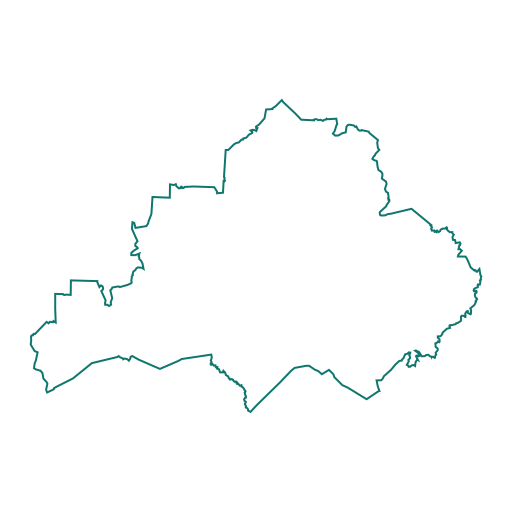 Bērzaunes pag., Madona, Latvia
{"feature_id": "27541924B65534695905374", "entity_name": "Bērzaunes pag.", "entity_type": "district", "adm_level": 2, "iso_a3": "LVA", "parent_name": "Latvia", "parent_adm1": "Madona", "projection": "orthographic", "projection_center": [25.995, 56.836], "detail": "fine", "context": "isolated", "style": "outline", "palette": "teal", "viewbox_px": 512, "rotation_deg": 0, "n_neighbors": 0, "source": "geoboundaries", "source_scale": "gbopen_adm2", "svg_char_len": 6082}
<svg xmlns="http://www.w3.org/2000/svg" viewBox="0 0 512 512"><path d="M47.1,392.5L53.8,389.3L54.0,388.2L56.4,386.8L73.0,378.4L91.9,363.1L117.4,357.0L118.6,356.1L120.1,357.3L122.8,358.4L123.2,359.3L124.7,358.5L127.4,359.2L128.8,360.7L130.2,358.9L130.6,356.9L132.2,356.0L138.6,359.6L159.9,368.9L178.4,360.9L181.8,359.0L211.3,354.6L211.8,357.6L210.8,360.5L211.5,361.8L211.5,362.8L210.7,363.3L210.8,364.7L211.9,364.7L212.6,364.1L213.8,365.6L215.4,365.3L215.7,366.9L217.3,367.0L217.1,367.7L216.6,367.9L217.3,368.9L218.6,368.9L219.1,369.5L220.0,372.3L223.5,372.4L223.1,371.7L223.4,370.8L225.2,372.7L225.9,375.1L228.2,376.4L228.8,378.4L229.8,378.6L230.1,379.6L231.8,379.1L233.1,379.8L233.1,380.3L234.5,381.8L235.8,381.5L236.3,382.6L236.8,382.1L237.7,383.2L237.5,384.0L238.4,383.9L239.9,385.7L241.4,385.2L241.5,386.6L242.4,386.9L244.1,388.9L244.5,390.2L245.2,390.6L245.1,391.1L245.5,391.7L244.6,392.9L245.1,393.8L245.2,394.9L246.0,396.3L245.8,397.7L245.0,397.8L244.1,399.5L244.4,400.7L245.8,401.7L245.7,402.7L245.0,403.4L244.9,404.3L246.1,406.2L245.7,407.1L245.9,407.6L247.0,408.0L248.0,409.2L248.1,410.6L250.5,411.9L256.8,405.1L280.0,382.4L291.2,370.7L294.6,367.9L306.2,365.8L309.2,365.8L315.0,369.8L318.2,371.0L321.8,374.2L329.0,369.9L333.4,374.3L334.3,377.1L342.4,385.2L347.7,387.6L366.6,399.2L378.7,391.1L379.4,391.0L377.7,386.0L376.6,380.4L381.2,380.3L382.5,378.9L384.0,376.1L390.9,370.0L395.7,364.2L399.4,360.9L401.7,360.6L402.2,359.4L403.4,358.3L405.2,354.3L407.5,353.7L408.7,352.4L410.3,352.6L410.2,353.4L409.2,355.1L409.9,356.5L410.1,358.1L408.4,359.9L408.8,361.3L406.8,364.9L408.5,365.9L408.7,366.8L410.0,366.8L411.7,365.4L413.5,365.0L415.1,366.0L415.6,362.0L417.2,359.6L417.9,360.0L416.0,356.1L417.2,355.4L418.6,356.3L419.7,355.6L418.7,353.3L415.2,350.7L415.8,350.5L418.9,351.9L420.7,354.5L421.2,355.9L421.8,356.3L424.8,356.1L426.2,355.0L428.4,354.8L430.0,356.3L431.3,356.6L431.6,357.2L431.8,356.7L433.4,356.9L434.5,357.8L435.0,357.7L435.1,356.1L436.2,354.5L435.8,353.7L435.7,352.6L437.6,350.4L437.8,349.4L437.5,348.3L435.7,347.0L435.4,343.3L437.1,342.7L437.9,341.5L439.2,342.2L439.6,341.7L439.5,339.3L437.8,337.7L437.8,336.4L440.5,336.2L442.3,334.2L442.5,332.7L446.8,328.8L450.0,327.9L449.4,325.8L450.1,325.1L451.6,325.2L455.7,324.1L456.0,323.4L458.0,322.8L460.9,320.9L461.1,319.5L460.9,316.9L461.7,315.7L464.2,315.9L464.9,316.9L465.4,317.0L465.5,315.2L465.2,313.7L466.6,311.4L467.7,311.1L468.0,311.2L467.6,312.2L467.9,312.9L470.5,314.3L470.9,313.9L471.1,310.1L470.3,308.4L474.5,304.9L476.0,301.6L475.6,301.1L477.1,299.1L476.8,298.4L475.6,297.6L474.8,295.2L475.1,293.7L476.6,292.5L476.5,291.1L475.7,290.8L474.3,291.4L473.7,290.6L473.9,289.2L475.3,288.1L477.8,287.2L477.9,285.6L477.6,285.2L478.0,284.4L479.8,284.6L480.4,282.0L479.9,280.4L481.0,279.7L480.7,278.7L481.3,276.4L480.5,275.3L479.4,269.0L477.0,271.8L476.5,271.7L475.7,270.4L474.8,270.0L474.3,270.5L470.7,267.4L467.4,259.6L465.6,256.6L457.9,256.5L458.3,254.8L461.8,250.7L460.2,249.2L458.5,249.2L459.4,245.2L459.9,245.2L460.5,243.5L459.7,242.3L455.7,243.1L455.1,240.1L452.9,239.8L452.5,236.9L453.8,234.7L452.4,233.3L452.3,232.1L449.8,232.2L447.9,230.6L446.9,229.4L447.1,227.8L446.6,227.3L444.9,228.6L442.7,228.6L440.6,229.7L440.1,231.1L438.6,232.1L437.0,230.5L436.4,230.8L436.4,231.2L436.9,231.6L436.6,232.2L435.7,231.6L434.7,231.9L434.2,230.5L431.8,230.6L431.5,229.2L431.1,228.8L432.0,227.3L430.5,225.4L431.2,225.0L411.5,208.8L391.0,213.7L387.8,214.1L385.0,215.4L381.0,215.5L380.0,214.8L379.7,212.6L380.0,211.9L386.3,206.2L386.3,205.4L389.2,201.4L389.4,200.3L388.6,199.9L389.0,199.2L388.2,198.7L388.1,198.0L388.6,197.2L388.0,192.8L386.1,191.7L384.9,189.0L386.6,183.9L386.0,181.6L381.9,178.6L382.4,175.6L382.4,173.7L381.4,171.9L378.4,169.9L377.5,166.5L377.0,161.6L376.6,160.9L374.0,160.1L372.4,158.9L373.6,156.6L375.0,155.2L375.1,154.5L375.8,153.5L379.3,149.9L377.9,148.1L377.2,142.5L378.0,140.1L369.4,133.0L368.6,131.6L361.6,130.1L361.3,130.6L359.4,130.6L358.0,129.6L356.3,126.4L355.2,126.9L353.9,125.5L349.8,124.7L348.0,124.9L346.5,126.6L345.7,132.4L342.3,133.2L338.3,135.5L335.2,135.6L332.9,133.6L334.7,131.0L336.5,125.1L337.2,124.1L336.3,118.7L327.4,119.2L326.6,118.7L326.3,119.4L323.9,120.0L322.9,120.9L320.7,119.8L318.1,120.1L316.5,119.2L315.0,119.2L313.5,119.9L313.7,120.3L301.2,119.7L295.1,113.3L283.3,102.2L281.8,100.1L275.9,106.0L271.8,108.8L272.0,109.1L266.1,109.5L264.5,118.4L259.0,124.6L256.0,126.6L256.2,128.1L257.4,128.1L256.3,131.0L254.3,130.0L252.4,129.8L250.6,130.5L252.4,132.0L252.2,133.0L248.9,134.7L246.4,137.6L243.4,138.4L243.2,139.5L241.5,139.6L238.9,142.4L236.3,143.0L234.0,144.3L228.4,149.9L225.7,150.0L224.0,177.1L224.6,177.8L224.4,179.5L225.0,180.7L224.3,181.5L223.6,181.2L223.0,192.7L217.1,193.3L217.0,191.5L214.3,187.2L193.8,186.5L184.5,186.9L183.7,187.9L182.2,188.1L181.8,187.6L181.9,187.0L181.3,186.6L180.2,187.7L180.2,188.2L178.9,188.4L176.4,186.2L175.8,184.2L173.9,185.0L170.0,184.4L169.8,197.7L152.5,197.0L151.4,214.0L148.4,221.8L148.2,223.4L146.4,226.1L135.5,227.9L134.2,222.9L132.5,222.2L131.9,228.8L137.5,241.3L135.3,243.9L135.3,245.9L137.4,247.4L137.7,248.2L133.8,250.7L131.3,252.9L131.3,255.1L135.0,255.2L139.3,253.6L138.6,255.0L139.1,255.4L138.7,256.4L139.2,257.1L139.3,259.1L140.8,260.4L142.5,263.5L143.5,268.8L142.1,267.8L137.9,267.4L136.4,268.3L135.2,270.2L133.4,271.5L132.5,274.5L132.9,275.1L131.7,276.5L131.8,277.7L131.3,280.6L131.7,282.0L131.3,283.2L127.6,284.9L119.8,287.1L119.2,286.6L117.7,286.5L112.4,287.5L111.4,289.3L110.3,290.3L112.2,298.1L110.7,302.4L111.1,304.6L109.0,306.0L107.2,304.7L105.2,304.8L105.0,303.2L105.6,300.4L101.3,291.0L102.9,289.5L103.1,288.3L102.6,286.4L101.0,285.4L99.4,287.1L97.2,281.9L97.3,281.1L70.9,280.4L70.7,294.9L66.1,294.6L64.5,295.0L63.6,294.8L63.1,294.1L55.2,293.9L55.2,308.7L55.7,322.5L53.5,321.1L53.2,322.2L49.9,321.8L48.6,323.3L46.6,321.9L35.0,334.0L33.8,333.8L33.3,334.3L33.0,335.3L32.2,335.2L31.0,336.3L31.2,340.7L30.7,344.3L31.0,345.1L34.7,351.1L37.6,352.3L35.9,360.3L34.7,363.3L34.0,368.3L35.9,369.4L40.6,370.8L42.5,373.2L43.4,378.6L46.6,382.0L47.4,383.7L46.1,389.6L47.1,392.5Z" fill="none" stroke="#0f766e" stroke-width="2"/></svg>